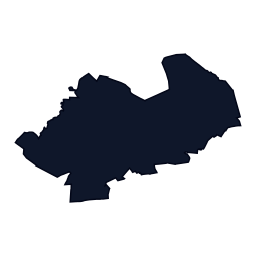 outline of Santau, Satu Mare, Romania
{"feature_id": "2599482B85959767419228", "entity_name": "Santau", "entity_type": "district", "adm_level": 2, "iso_a3": "ROU", "parent_name": "Romania", "parent_adm1": "Satu Mare", "projection": "robinson", "projection_center": [22.467, 47.514], "detail": "fine", "context": "isolated", "style": "filled", "palette": "ink", "viewbox_px": 256, "rotation_deg": 0, "n_neighbors": 0, "source": "geoboundaries", "source_scale": "gbopen_adm2", "svg_char_len": 5453}
<svg xmlns="http://www.w3.org/2000/svg" viewBox="0 0 256 256"><path d="M76.3,201.5L80.3,201.4L82.9,201.0L84.0,200.6L85.8,200.2L89.3,199.7L95.8,199.2L96.2,199.1L100.3,199.1L101.2,198.9L103.4,198.9L108.2,198.3L108.0,194.6L108.6,192.1L109.4,188.9L109.6,188.5L106.4,184.9L105.1,185.8L105.1,185.7L105.4,185.4L105.5,185.2L106.1,182.4L115.7,177.8L117.9,180.6L124.0,179.0L124.5,178.6L122.1,176.9L124.9,173.5L129.6,168.1L131.1,170.0L131.7,170.7L132.5,172.1L132.8,172.3L133.0,172.1L134.3,171.7L135.2,171.2L135.5,171.5L135.8,171.8L136.5,172.8L136.9,173.1L137.5,172.7L138.7,172.3L139.1,172.3L139.3,172.5L139.5,173.2L139.9,173.3L140.2,173.1L140.6,173.1L141.4,174.7L142.6,174.4L144.6,174.1L147.7,173.8L149.0,173.8L149.5,174.0L150.1,174.0L151.0,173.7L151.5,173.5L152.6,173.4L156.9,172.6L156.5,171.6L155.9,170.7L155.4,169.9L155.1,169.3L155.0,169.0L154.7,168.4L154.6,167.6L154.4,166.6L154.3,166.1L154.4,165.1L154.3,164.3L155.8,164.2L158.8,164.0L166.2,163.2L166.4,163.1L167.0,162.8L175.3,164.2L175.6,164.0L186.5,162.4L188.3,162.1L188.6,161.6L189.0,160.5L189.2,159.8L189.6,158.7L189.6,158.0L189.3,157.2L187.7,154.9L187.3,154.4L187.3,154.2L185.7,153.7L184.5,152.9L184.5,152.6L184.8,152.4L185.6,152.0L186.6,151.9L187.0,152.0L187.3,152.1L187.3,152.4L190.9,152.6L197.2,153.2L197.2,152.8L197.4,151.4L197.5,150.7L197.6,150.3L197.7,149.7L198.2,149.3L198.5,149.1L198.8,149.1L199.0,149.3L199.3,149.3L199.5,148.9L199.8,148.8L200.1,148.9L200.1,149.2L200.1,149.6L200.2,149.8L200.3,149.7L200.4,149.4L200.5,149.2L201.0,149.2L201.3,149.2L201.5,149.4L201.6,148.9L202.0,148.7L202.6,148.7L203.0,148.8L203.2,149.0L203.4,149.0L204.3,147.6L206.9,142.4L207.4,141.2L208.1,140.2L212.1,136.7L212.6,136.4L212.9,136.3L213.2,136.4L213.4,136.5L214.0,137.1L216.1,135.8L216.7,135.1L216.8,134.7L221.0,136.6L221.9,135.2L225.0,130.5L225.7,130.8L227.6,127.7L231.6,126.6L233.7,126.3L233.8,126.3L235.3,126.0L237.5,125.7L240.6,125.6L239.3,121.2L236.6,117.9L240.2,116.8L235.1,98.7L234.1,95.0L233.0,90.2L232.4,90.1L232.1,89.8L225.3,81.2L225.1,81.1L224.1,81.0L223.1,80.9L222.1,80.6L219.9,80.5L219.5,80.4L218.4,79.4L218.3,79.0L218.2,78.1L218.2,77.9L217.5,77.6L217.2,77.4L215.6,75.3L215.3,75.0L213.3,74.1L212.1,73.6L211.8,73.4L211.6,73.2L211.3,72.6L210.7,72.2L210.3,72.2L209.5,72.5L208.9,72.5L208.4,72.3L208.0,71.4L207.6,71.0L207.0,70.6L206.2,70.5L205.9,70.5L205.2,70.1L203.0,68.2L202.0,67.5L199.1,65.1L197.2,63.7L195.7,62.5L195.1,62.1L193.6,60.9L191.6,59.3L189.5,57.2L189.0,56.9L186.6,55.4L186.1,55.0L185.2,54.1L184.6,54.3L176.2,54.7L175.9,54.8L167.3,57.0L165.9,57.4L164.2,58.2L162.1,62.7L166.5,73.5L167.8,78.0L168.7,80.9L169.3,87.5L169.4,89.5L167.7,90.3L162.4,92.7L157.6,94.9L147.3,99.5L145.3,100.4L145.1,100.6L145.0,100.8L142.1,99.3L140.2,98.4L132.8,94.4L132.0,93.8L131.1,93.2L130.6,92.5L130.3,91.9L130.1,91.2L129.9,89.9L130.0,89.2L129.9,89.0L129.8,88.9L128.4,87.6L126.8,86.3L125.1,84.7L120.9,82.7L112.8,79.9L107.0,77.8L107.0,77.3L107.1,77.1L107.3,77.0L105.8,76.6L104.8,76.5L100.8,75.7L100.0,75.6L96.8,81.2L93.1,77.9L88.7,73.6L85.9,75.4L83.8,76.8L82.1,78.2L81.8,78.0L80.3,79.2L79.9,79.7L79.5,80.4L79.1,81.8L78.8,83.9L78.7,84.5L77.9,88.3L77.7,88.6L77.3,89.3L76.5,90.3L75.2,90.0L73.8,89.7L73.1,89.2L72.8,89.0L72.4,88.1L72.0,87.5L72.3,87.5L72.1,87.4L71.0,87.1L70.7,87.1L70.2,87.4L69.5,87.5L69.3,87.6L69.5,87.9L69.5,88.2L69.0,88.7L69.5,89.2L69.8,89.9L69.9,90.4L75.5,90.6L75.6,90.8L75.3,91.5L75.2,91.6L75.0,92.7L76.4,94.7L76.6,95.0L77.4,96.3L78.5,97.6L72.7,97.5L69.7,97.4L69.7,97.6L69.6,99.7L65.1,99.4L63.7,99.4L63.4,99.5L63.3,99.9L63.6,100.9L63.8,102.3L63.7,102.7L62.9,102.7L62.5,102.4L62.1,102.4L61.8,102.4L61.6,102.6L61.2,102.9L61.0,103.3L61.0,103.5L61.1,103.9L61.2,104.0L62.5,104.1L62.8,104.3L62.9,104.6L63.0,105.0L62.8,105.3L62.6,105.6L62.4,105.8L61.8,106.0L61.6,106.1L61.5,106.4L61.4,106.7L61.5,106.9L61.7,107.2L62.5,108.0L62.8,108.4L63.2,109.0L63.3,109.3L63.5,109.9L63.5,110.7L63.4,110.9L63.0,110.9L62.9,110.8L62.0,110.2L61.6,110.2L61.3,110.3L60.6,110.9L60.2,111.4L59.9,111.9L59.9,112.1L60.1,112.6L60.2,112.9L60.3,113.3L60.2,113.9L59.7,115.0L59.5,115.3L59.2,115.5L58.2,115.9L58.0,116.1L57.9,116.5L57.4,117.1L56.8,117.3L55.0,117.4L54.3,117.6L53.2,118.2L53.1,118.5L53.1,119.4L53.0,119.5L52.9,119.6L52.1,119.5L51.5,119.9L50.5,120.2L50.4,120.3L50.1,120.7L49.5,121.0L48.3,121.4L47.9,121.7L47.7,122.3L47.5,123.5L47.6,123.8L48.0,124.3L48.1,124.7L48.0,124.9L47.7,125.4L47.2,127.2L47.0,127.8L46.8,128.2L46.5,128.5L46.1,128.7L45.5,128.7L45.2,128.5L44.7,127.5L44.6,127.4L44.4,127.3L44.2,127.5L43.8,128.9L43.7,129.2L43.5,130.3L42.6,131.1L42.3,131.7L42.1,132.0L41.7,132.3L40.7,133.0L40.4,133.3L40.4,133.5L40.5,134.0L41.1,135.4L40.4,135.6L40.2,135.8L39.2,137.6L38.5,138.7L38.3,138.4L38.1,137.7L38.1,137.4L37.3,136.3L36.0,134.8L35.2,134.1L33.3,132.6L32.9,132.4L31.8,132.2L29.9,132.2L29.2,132.2L27.6,132.8L27.1,132.9L26.8,132.9L24.4,132.5L24.1,133.0L22.5,134.7L21.0,136.2L20.6,136.6L19.1,138.1L18.1,138.8L17.7,139.2L17.4,139.7L16.7,140.4L16.6,140.8L15.4,142.6L23.8,148.7L23.8,148.9L23.8,149.2L23.9,149.6L23.7,151.3L23.6,152.7L23.5,153.2L23.5,154.0L24.3,155.0L24.9,155.8L25.3,156.3L26.5,157.9L26.8,158.1L30.8,161.0L36.8,165.4L36.1,166.0L54.8,175.8L57.0,176.9L57.2,177.1L58.8,176.3L59.2,176.0L60.0,175.5L61.5,174.8L63.8,174.0L65.4,173.3L69.3,171.8L70.2,172.5L70.8,173.2L69.7,174.8L68.7,176.0L68.6,176.4L68.4,176.6L68.3,177.4L68.1,177.8L67.5,179.3L67.2,180.2L66.8,181.3L66.6,181.5L65.5,183.3L64.9,184.6L69.1,184.3L71.3,184.3L71.2,189.3L71.0,189.6L70.2,201.9L76.3,201.5Z" fill="#0f172a" stroke="#020617" stroke-width="1.5"/></svg>